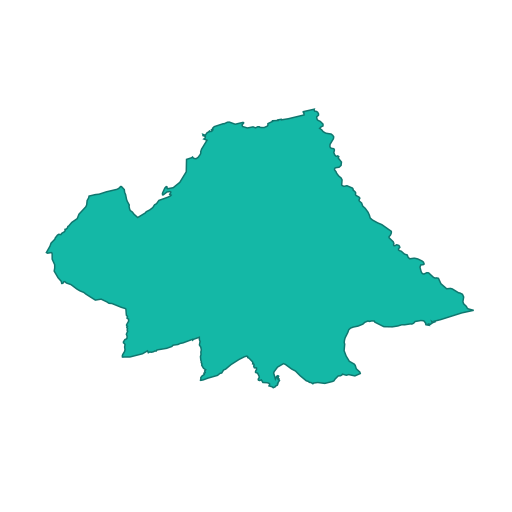 Candesti, Arges, Romania (Robinson projection), rotated 351°
{"feature_id": "2599482B17245199742801", "entity_name": "Candesti", "entity_type": "district", "adm_level": 2, "iso_a3": "ROU", "parent_name": "Romania", "parent_adm1": "Arges", "projection": "robinson", "projection_center": [25.189, 45.06], "detail": "fine", "context": "isolated", "style": "filled", "palette": "teal", "viewbox_px": 512, "rotation_deg": 351, "n_neighbors": 0, "source": "geoboundaries", "source_scale": "gbopen_adm2", "svg_char_len": 6126}
<svg xmlns="http://www.w3.org/2000/svg" viewBox="0 0 512 512"><g transform="rotate(351 256 256)"><path d="M462.5,343.7L457.3,341.4L456.4,340.4L455.9,338.7L453.6,335.7L453.2,333.5L454.7,329.0L453.9,326.1L451.6,324.4L450.3,324.0L444.7,319.2L442.9,318.4L439.2,318.2L434.3,312.3L432.7,306.6L431.0,305.9L429.4,305.8L428.0,304.9L423.9,299.7L422.1,299.2L419.1,300.1L417.9,299.6L417.1,298.7L416.6,297.0L416.2,292.6L417.4,290.6L419.9,290.7L420.8,290.2L420.4,288.2L419.2,286.9L415.3,284.2L413.4,283.4L411.9,282.9L407.4,282.8L406.0,281.0L405.5,278.6L403.0,277.4L400.2,274.0L398.6,273.2L397.7,272.3L398.0,271.0L399.4,270.0L399.2,268.8L398.7,267.9L396.7,266.9L394.7,267.6L393.8,267.3L393.6,266.4L394.1,265.4L393.8,263.5L390.3,258.8L390.4,257.8L392.2,256.2L393.3,254.3L393.5,252.8L385.2,244.7L381.2,242.2L376.6,238.6L374.7,236.3L374.4,233.6L373.5,230.3L371.3,226.0L369.2,223.4L368.6,220.2L366.8,218.1L366.4,216.9L367.6,215.1L366.9,213.9L364.2,211.8L363.9,210.9L364.3,209.1L363.9,208.1L362.2,206.0L362.4,205.2L361.9,204.0L356.8,200.8L353.7,201.0L351.9,199.7L351.8,198.9L352.9,194.3L352.3,192.3L350.2,189.9L348.6,186.9L348.2,185.2L347.2,183.5L347.1,182.5L347.5,181.7L348.4,181.3L352.0,181.3L354.2,179.8L355.1,176.6L352.5,172.0L353.3,170.9L352.4,169.9L351.1,170.1L350.3,169.7L349.5,168.2L349.0,165.9L349.8,164.3L350.0,163.3L349.6,162.2L347.5,161.5L346.4,160.7L346.1,159.3L346.6,157.3L350.8,152.3L351.4,150.5L350.7,148.9L349.3,147.3L344.1,145.6L341.7,143.6L340.6,141.6L338.8,139.9L340.6,138.6L342.5,138.0L342.8,136.2L340.6,133.2L338.2,131.5L337.8,130.9L337.6,129.1L337.8,127.9L339.7,126.8L340.0,125.5L339.4,123.7L338.4,122.7L336.6,122.1L336.2,120.7L336.5,120.1L325.7,120.8L325.7,121.5L325.2,121.4L325.7,122.9L325.5,124.2L309.2,125.5L302.4,125.5L302.3,124.9L298.8,125.0L298.9,125.6L293.5,125.0L293.5,125.6L288.5,127.1L288.2,128.7L287.5,129.5L284.2,130.4L281.2,129.9L279.6,129.3L279.5,128.9L277.9,128.6L275.6,129.4L273.3,128.0L267.5,128.2L263.0,126.0L262.7,124.4L264.6,122.7L264.6,122.3L264.0,122.0L256.1,122.6L250.7,119.6L248.7,119.4L245.3,120.4L244.3,120.2L235.0,121.7L233.2,123.0L233.2,124.4L232.9,124.5L232.7,123.9L231.8,124.4L232.5,125.3L231.3,126.0L230.3,125.9L229.6,125.2L229.0,125.7L229.1,126.0L227.1,126.5L224.8,128.8L222.6,127.6L222.8,128.4L222.5,128.8L224.7,130.0L224.2,131.6L222.8,132.3L225.7,134.0L219.0,141.9L217.7,144.3L217.6,145.6L216.9,146.9L214.3,149.5L212.1,150.5L211.0,150.3L209.5,149.6L208.8,148.3L207.8,148.9L202.5,149.7L200.3,161.9L192.3,171.3L184.9,175.6L179.3,175.7L178.8,175.3L178.9,173.8L178.2,173.4L176.6,174.6L173.8,178.8L173.3,179.8L173.3,181.0L174.0,181.1L178.2,178.8L181.2,178.9L181.8,179.3L181.7,180.1L180.4,181.6L181.7,182.6L180.9,183.3L178.3,184.1L168.8,185.9L165.9,188.8L163.8,189.6L161.7,192.0L158.2,193.9L154.5,195.1L153.3,196.2L145.2,199.5L142.0,195.6L140.8,193.3L138.9,191.4L138.5,189.7L138.4,187.0L138.8,185.8L137.4,181.9L137.0,179.9L136.8,174.9L136.2,172.8L136.3,169.8L134.0,166.4L133.1,166.2L131.3,167.6L129.3,168.4L118.2,169.2L110.7,170.4L106.9,170.2L100.5,170.7L99.8,172.4L97.9,174.8L96.8,178.9L95.7,180.7L87.7,187.0L85.3,191.1L79.3,194.0L75.7,197.1L74.8,197.4L74.2,198.7L72.9,199.7L71.5,199.8L71.5,201.1L70.5,202.1L67.7,203.2L66.6,204.4L64.6,203.7L63.2,204.3L60.6,206.7L59.9,208.0L55.6,211.2L54.1,214.0L49.5,219.8L50.5,220.6L54.4,220.6L54.8,221.0L55.0,222.0L54.2,227.2L55.8,233.1L55.3,236.4L54.3,239.3L57.1,246.5L59.7,250.6L59.8,252.7L60.9,252.8L62.3,251.3L63.2,251.4L64.5,253.0L68.8,255.3L73.9,260.6L76.7,262.9L80.3,265.1L82.1,267.1L90.4,274.4L96.3,274.4L101.4,277.9L103.4,279.7L106.3,280.4L114.9,285.6L118.6,287.4L119.2,288.1L118.7,294.2L119.6,295.5L118.9,297.3L120.2,298.4L120.0,300.4L117.4,303.7L117.3,304.7L118.1,305.3L117.2,306.5L117.8,307.6L117.1,309.0L117.5,310.2L115.7,313.0L116.2,315.0L115.7,317.0L114.9,317.7L113.5,318.0L111.6,320.1L111.5,321.0L112.4,322.0L112.8,323.1L112.0,325.3L112.0,327.9L111.3,329.7L109.0,332.4L108.3,333.8L108.3,334.9L115.8,336.0L128.6,334.8L134.0,332.7L134.5,334.7L135.9,334.2L137.8,334.7L139.9,334.5L141.0,334.0L142.5,334.3L143.6,333.3L153.3,333.2L158.7,332.2L160.2,331.1L165.1,331.2L167.4,330.5L170.3,330.4L180.1,328.4L180.3,329.2L181.2,328.5L187.3,327.4L187.0,329.9L187.4,331.6L186.2,335.0L187.2,337.4L187.3,340.2L186.5,342.2L186.3,344.6L185.4,346.7L185.2,350.3L185.5,351.7L185.2,352.5L185.7,354.1L185.3,355.4L186.6,358.7L188.5,360.5L187.3,361.5L187.6,363.2L186.2,363.6L186.4,364.9L184.0,366.0L182.5,367.4L182.2,369.1L181.7,370.0L181.9,370.2L184.5,370.1L189.5,369.1L199.3,367.9L202.1,366.3L203.8,366.2L206.2,363.5L208.3,363.0L214.4,359.3L222.9,355.6L228.8,353.7L231.3,353.4L232.1,354.1L231.9,355.0L233.2,355.9L235.9,359.8L236.2,360.9L235.8,362.0L236.8,362.3L237.1,363.3L236.5,364.4L236.8,366.0L237.4,366.4L238.5,366.3L239.0,366.7L238.7,368.4L237.7,369.5L237.3,370.6L237.7,371.2L239.2,371.9L240.2,375.0L240.3,376.3L238.9,378.0L239.0,379.0L240.2,379.6L241.9,379.2L243.0,382.0L247.2,382.9L248.8,383.7L249.4,384.3L249.4,384.9L248.5,386.3L251.6,387.8L252.4,388.8L254.5,388.2L255.1,387.5L256.9,386.9L257.7,385.5L257.4,385.2L259.7,382.6L259.3,382.1L259.5,381.1L258.6,381.1L259.0,379.3L258.2,379.6L258.2,379.0L257.8,378.7L258.5,378.9L259.5,378.5L259.5,378.1L258.8,377.6L257.5,378.1L255.9,380.5L255.1,374.3L256.0,372.9L259.9,369.1L266.3,366.6L268.0,367.6L273.4,373.1L277.0,375.8L280.9,381.2L286.1,387.1L288.1,388.1L288.9,389.1L290.7,389.7L292.2,391.1L293.1,390.5L297.2,390.6L304.0,392.6L311.9,391.9L313.4,391.5L314.9,389.9L318.5,387.3L320.6,387.5L322.2,387.0L322.9,386.2L326.6,387.9L329.0,387.6L334.9,389.9L340.6,388.4L340.4,386.9L337.4,383.1L336.9,379.6L336.2,378.2L331.7,374.6L329.4,369.0L328.2,363.3L329.8,357.0L329.6,355.1L330.3,352.8L331.2,350.8L334.7,345.9L336.1,343.3L338.1,342.0L341.1,341.4L345.8,341.2L350.9,340.0L353.1,338.5L356.4,337.7L357.8,338.4L360.2,338.2L362.7,338.8L363.0,339.9L371.2,345.8L379.6,347.3L385.2,347.3L389.2,346.7L392.2,347.2L397.8,347.2L399.3,347.6L401.2,347.0L402.9,345.6L408.7,345.5L411.5,346.2L413.2,349.0L412.9,349.5L413.1,350.5L415.8,351.4L415.2,350.3L415.9,350.1L417.3,350.9L419.7,349.7L419.4,348.2L420.6,349.4L422.4,349.0L421.9,348.3L428.5,347.7L450.3,344.4L462.5,343.7Z" fill="#14b8a6" stroke="#0f766e" stroke-width="1.5"/></g></svg>